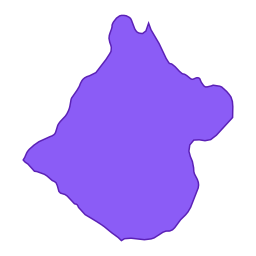 Tacna, Natural Earth projection
{"feature_id": "PER-575", "entity_name": "Tacna", "entity_type": "Department", "adm_level": 1, "iso_a3": "PER", "parent_name": "Peru", "parent_adm1": "", "projection": "natural_earth1", "projection_center": [-70.312, -17.577], "detail": "fine", "context": "isolated", "style": "filled", "palette": "violet", "viewbox_px": 256, "rotation_deg": 0, "n_neighbors": 0, "source": "natural_earth", "source_scale": "10m", "svg_char_len": 2097}
<svg xmlns="http://www.w3.org/2000/svg" viewBox="0 0 256 256"><path d="M232.6,117.5L216.4,135.2L210.7,139.6L205.0,140.7L199.2,139.8L193.8,140.1L189.8,144.9L188.9,151.2L190.3,156.4L192.4,161.5L193.6,167.8L193.8,171.5L194.5,174.0L197.3,179.4L198.3,182.3L198.6,185.0L198.2,187.9L190.6,207.4L187.9,212.0L185.6,214.8L180.6,219.7L174.7,227.7L172.5,229.8L169.7,231.0L166.0,231.1L163.0,232.2L154.1,237.9L151.0,238.9L144.4,239.7L131.0,238.2L124.5,238.7L121.4,240.6L118.2,237.5L112.0,233.0L104.2,226.6L100.3,223.9L95.9,221.1L91.3,218.3L85.1,214.6L78.8,207.7L78.4,207.1L77.7,205.5L77.0,204.6L76.4,204.2L75.2,204.0L74.4,203.7L67.2,196.0L65.0,194.5L60.5,193.1L58.9,191.4L57.3,185.6L56.0,182.7L54.2,181.4L52.2,180.5L46.9,175.9L44.4,174.3L37.0,171.6L34.4,171.2L27.9,164.0L25.2,162.2L23.5,160.4L23.2,160.0L23.2,159.9L24.7,157.5L26.7,152.9L27.4,151.7L28.2,150.6L29.4,149.2L34.0,145.1L38.9,141.7L50.1,136.6L51.8,136.0L53.8,134.8L54.8,133.8L55.6,132.3L57.8,125.2L58.8,123.5L60.2,121.6L65.3,116.2L66.0,115.2L67.1,113.5L68.6,110.4L69.4,108.2L69.9,106.2L71.1,99.3L71.7,97.9L77.0,90.3L79.3,86.4L80.5,83.3L81.9,80.7L82.9,79.4L84.6,77.9L86.8,76.7L89.7,75.7L95.9,72.6L106.0,59.5L109.7,53.8L111.0,51.4L111.2,49.4L111.3,47.4L110.9,45.5L109.9,42.6L109.8,42.4L109.7,41.9L109.0,38.4L109.3,35.4L110.0,33.1L111.5,29.0L112.0,27.0L112.1,25.0L112.8,23.2L113.6,21.8L116.5,18.1L119.6,15.9L121.5,15.4L123.9,15.4L126.3,15.8L129.2,17.3L130.5,18.4L131.5,20.3L134.7,28.8L135.8,30.6L137.1,32.1L138.8,33.0L140.8,33.4L142.6,33.5L145.9,31.0L148.6,23.2L151.0,29.8L159.1,43.6L166.1,58.4L168.9,62.9L169.9,63.6L170.9,63.8L171.1,63.8L171.4,63.9L171.8,64.1L172.4,64.5L175.2,66.8L179.4,71.3L182.1,73.6L182.7,73.8L183.8,74.1L184.4,74.2L185.4,74.7L186.8,75.6L190.5,78.6L191.6,79.2L192.3,79.3L193.1,79.2L195.0,78.4L195.9,78.0L196.5,77.8L197.4,77.7L198.6,77.9L199.3,78.3L199.8,78.8L201.0,81.7L201.5,82.6L203.6,85.6L204.5,86.4L205.4,86.9L206.3,86.9L207.1,86.9L211.4,85.9L212.8,85.3L213.2,85.2L219.7,86.2L221.7,87.0L226.7,91.5L229.2,94.5L231.0,97.1L232.4,101.5L232.8,106.7L232.6,117.3L232.6,117.5Z" fill="#8b5cf6" stroke="#5b21b6" stroke-width="1.5"/></svg>